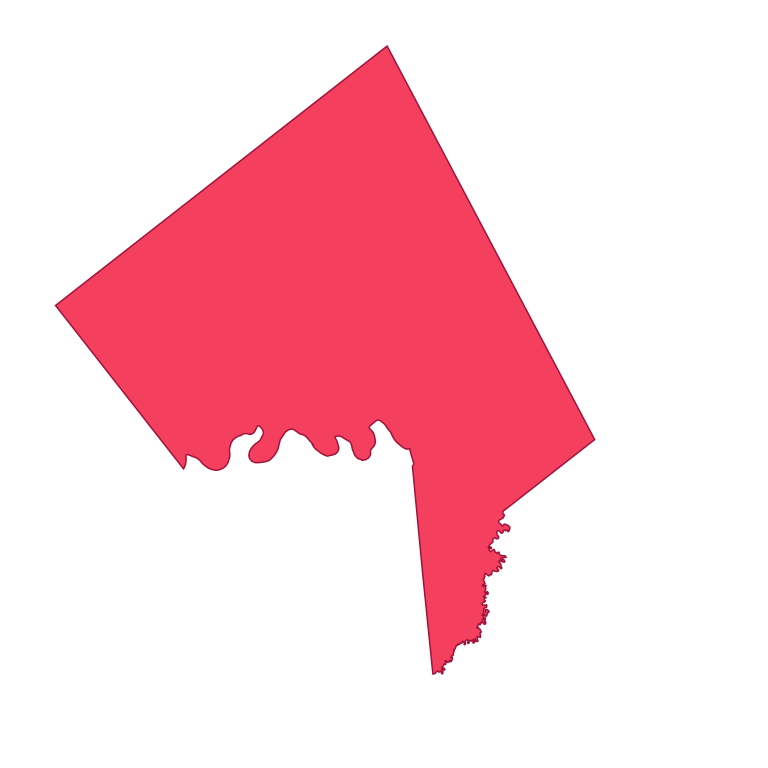 the district of Tarapacá, Amazonas, Colombia, rotated 322°
{"feature_id": "7082276B95886697546678", "entity_name": "Tarapacá", "entity_type": "district", "adm_level": 2, "iso_a3": "COL", "parent_name": "Colombia", "parent_adm1": "Amazonas", "projection": "albers", "projection_center": [-70.159, -2.606], "detail": "fine", "context": "isolated", "style": "filled", "palette": "rose", "viewbox_px": 768, "rotation_deg": 322, "n_neighbors": 0, "source": "geoboundaries", "source_scale": "gbopen_adm2", "svg_char_len": 6171}
<svg xmlns="http://www.w3.org/2000/svg" viewBox="0 0 768 768"><g transform="rotate(322 384 384)"><path d="M515.8,557.5L594.5,119.6L173.5,119.9L173.8,327.4L175.3,326.9L177.8,325.4L181.0,322.4L183.8,318.6L184.4,318.0L185.2,318.2L186.7,320.1L190.9,327.2L191.8,330.3L192.0,335.2L192.6,338.0L193.8,342.2L195.8,345.6L198.9,348.9L201.1,350.1L204.9,351.2L208.4,351.3L212.5,350.0L217.4,346.6L219.0,344.6L219.3,344.5L221.0,341.5L222.6,339.7L227.3,336.3L230.4,335.1L234.4,334.9L238.0,335.7L239.2,336.4L242.3,336.7L244.9,338.2L246.0,339.4L247.3,341.3L250.5,342.3L252.8,341.9L257.7,339.5L258.6,339.4L259.2,339.7L259.7,340.2L260.1,341.3L260.3,344.9L259.5,347.1L258.6,348.6L257.4,349.6L255.3,350.3L252.9,351.6L251.2,352.1L247.5,352.2L245.6,352.0L242.4,352.3L238.9,353.3L236.4,354.5L233.5,357.1L232.3,359.6L232.2,362.7L232.5,364.0L234.1,366.7L237.0,369.0L242.8,372.3L246.0,373.4L248.3,373.5L253.1,372.8L257.0,371.7L260.8,369.7L267.8,364.1L275.4,361.5L276.9,361.2L280.1,361.3L281.8,361.7L283.8,362.9L284.9,364.5L287.0,371.5L289.2,374.5L290.1,377.1L290.4,379.2L290.5,384.0L290.9,385.7L290.4,387.2L290.8,387.3L290.8,388.5L290.6,389.0L290.3,389.0L290.2,387.8L290.1,388.8L289.9,390.6L290.1,393.2L291.7,399.7L293.1,402.9L294.8,405.8L295.9,406.5L297.7,407.1L299.3,408.1L302.3,409.1L303.5,409.2L305.6,408.9L307.7,407.9L309.1,406.5L311.3,401.4L311.9,399.4L312.4,396.4L312.8,395.7L313.6,395.6L315.3,396.3L316.6,397.4L318.4,399.9L319.4,403.2L321.2,407.7L321.6,409.4L320.7,412.6L319.0,415.7L317.1,422.2L317.4,426.2L317.9,427.5L318.7,428.1L319.3,429.0L319.7,430.8L321.5,431.5L322.6,432.3L325.9,432.8L328.3,432.1L330.1,431.2L332.8,427.7L337.7,426.8L339.8,425.8L341.3,424.6L342.2,423.5L344.2,419.7L345.3,416.9L345.7,415.0L345.3,410.0L345.6,409.1L346.5,408.4L354.9,408.1L356.9,408.5L357.7,409.2L358.5,410.8L359.6,415.3L359.8,417.9L359.4,420.9L359.5,425.9L358.4,431.2L358.0,434.7L358.2,437.9L359.2,443.0L360.5,447.3L361.7,449.2L364.4,451.1L364.0,451.4L363.0,453.7L358.7,464.6L357.8,465.7L356.0,466.2L355.7,466.5L298.3,556.3L244.0,642.6L245.1,643.3L246.1,643.5L249.0,643.0L249.7,643.2L249.9,644.9L251.8,645.1L251.8,645.7L251.2,647.8L251.4,648.3L251.8,648.4L253.6,646.6L253.6,645.1L253.8,644.6L254.4,644.7L255.4,646.5L255.9,646.7L256.2,646.5L256.5,645.3L255.8,644.2L254.8,643.4L254.9,643.0L257.6,642.5L258.6,641.6L259.6,642.7L260.2,642.8L260.9,642.0L261.5,640.1L262.0,639.8L262.5,640.2L262.5,642.0L263.0,642.8L264.0,642.9L265.5,642.3L265.8,642.6L265.6,643.9L266.6,643.9L267.5,643.5L269.5,641.8L269.5,641.3L268.7,641.1L268.5,640.8L268.7,640.3L270.1,640.0L271.8,640.2L273.0,638.7L275.1,637.6L275.5,636.3L277.0,636.5L280.0,634.6L281.3,635.2L281.8,634.4L283.3,635.7L283.7,635.7L284.5,634.9L285.1,634.9L285.5,635.2L285.8,636.0L286.1,636.2L286.8,636.0L287.4,635.2L287.9,635.3L288.1,635.8L287.9,637.8L286.8,638.6L286.9,639.0L287.3,639.2L288.0,639.1L289.2,637.3L290.0,636.7L291.1,636.4L291.8,636.6L292.3,637.3L292.4,638.0L290.5,639.4L290.4,640.0L290.9,640.4L291.7,640.4L292.7,639.0L293.5,638.6L294.6,640.5L295.3,640.5L296.1,640.1L296.5,640.2L296.7,640.9L296.4,641.3L294.8,642.6L294.8,643.0L295.4,643.4L296.1,643.4L296.5,643.2L297.9,641.1L298.5,640.9L298.7,641.3L298.2,642.7L298.2,643.5L298.7,644.2L299.8,644.4L301.4,640.7L301.8,640.4L302.2,640.5L303.6,642.7L303.9,643.0L304.4,642.9L306.3,639.5L306.7,639.2L307.7,639.4L308.3,638.7L308.3,637.3L308.7,636.2L308.3,635.1L308.4,634.1L308.0,633.7L307.1,633.5L307.2,633.0L307.8,633.1L309.2,632.3L310.4,631.2L310.9,631.5L311.3,632.8L312.0,632.8L312.5,631.8L313.1,631.4L313.5,631.6L313.9,632.5L314.6,632.6L315.9,631.1L316.2,630.3L316.6,630.2L317.7,631.5L317.7,632.2L314.9,634.2L315.2,635.1L315.9,635.5L316.4,635.5L317.3,634.7L318.2,632.3L319.8,630.9L319.7,630.4L318.5,630.0L318.3,629.4L318.5,629.0L319.8,628.5L320.2,628.0L320.1,627.5L319.1,626.7L319.4,626.0L319.9,625.9L320.9,626.8L321.1,627.4L321.2,629.2L321.7,630.0L322.3,629.9L323.0,629.2L324.5,628.3L326.0,628.2L326.6,627.9L326.9,627.0L326.3,625.3L325.8,624.7L325.0,624.3L324.5,624.4L324.1,625.6L323.5,626.1L322.8,625.8L322.2,624.9L322.6,624.0L324.2,622.6L325.1,622.4L327.5,623.0L328.9,621.4L328.8,621.0L327.5,620.8L326.8,619.6L325.8,619.3L325.6,618.6L325.8,617.8L326.5,617.1L326.9,617.0L328.4,617.6L330.2,617.6L330.4,617.3L329.8,616.1L330.0,615.7L331.5,614.6L332.7,615.3L333.0,615.0L332.7,614.5L331.5,613.5L331.4,613.0L331.7,612.8L332.7,612.9L334.2,612.6L335.7,611.7L336.1,612.0L335.9,613.4L336.6,613.6L337.1,613.3L337.7,612.1L337.6,611.3L335.4,610.5L335.1,609.8L335.5,609.2L337.0,609.0L338.4,607.7L338.8,606.4L340.1,606.1L340.3,605.5L340.0,604.9L337.3,604.3L337.1,603.5L337.7,603.2L340.8,603.3L342.1,598.8L342.6,598.7L343.5,598.8L344.1,598.0L345.0,597.8L345.2,597.1L346.3,596.3L346.7,595.4L347.1,595.3L347.4,595.7L348.2,599.2L348.8,600.0L350.0,599.5L350.8,600.2L351.4,600.3L353.1,598.7L355.1,598.1L355.6,598.3L355.8,599.4L357.4,601.2L358.4,601.8L359.0,601.8L359.7,601.5L359.9,601.2L359.7,599.6L359.4,598.9L359.5,598.3L361.3,597.9L362.1,598.4L362.3,601.1L362.6,601.6L363.0,601.8L363.7,601.3L363.9,600.3L365.3,597.2L365.1,595.0L365.4,594.5L365.9,594.4L366.5,594.7L368.3,597.7L369.2,598.5L369.8,598.4L370.0,598.0L370.2,596.2L369.8,595.6L367.6,594.9L367.5,594.5L367.8,593.9L369.3,593.3L370.2,594.1L372.1,594.8L373.2,595.8L373.7,595.6L373.7,594.5L373.2,593.4L370.8,591.5L370.3,590.7L370.1,589.1L371.0,587.7L371.0,587.3L370.4,586.8L369.3,587.1L368.7,586.7L368.6,585.6L368.0,584.3L368.9,582.9L368.9,582.1L368.6,581.8L366.6,581.9L364.6,581.5L364.4,581.2L365.1,578.5L365.9,578.5L367.1,579.8L367.9,579.2L367.5,577.6L365.8,577.2L365.7,576.7L368.3,575.8L372.3,575.6L373.0,575.1L373.7,573.7L374.7,573.2L376.6,573.4L377.0,573.9L377.2,575.0L377.7,575.6L378.6,576.0L379.4,575.9L380.3,575.1L380.5,571.7L382.1,569.9L382.9,569.6L383.9,569.9L384.4,570.6L384.4,572.9L385.0,574.2L386.4,574.2L387.6,573.1L388.3,572.9L389.0,573.2L389.5,574.6L390.0,574.7L390.6,574.4L391.0,574.6L391.1,575.5L390.8,576.6L391.0,576.8L391.6,576.9L393.1,576.1L394.3,575.2L395.0,574.2L394.8,571.9L392.7,568.5L391.7,568.4L390.6,569.0L389.8,568.9L389.8,566.7L389.3,564.8L389.4,563.6L389.8,562.7L390.4,562.2L395.0,562.8L396.0,562.6L398.0,561.6L398.3,561.0L397.8,560.3L397.9,559.2L399.6,557.6L515.8,557.5Z" fill="#f43f5e" stroke="#9f1239" stroke-width="1.5"/></g></svg>